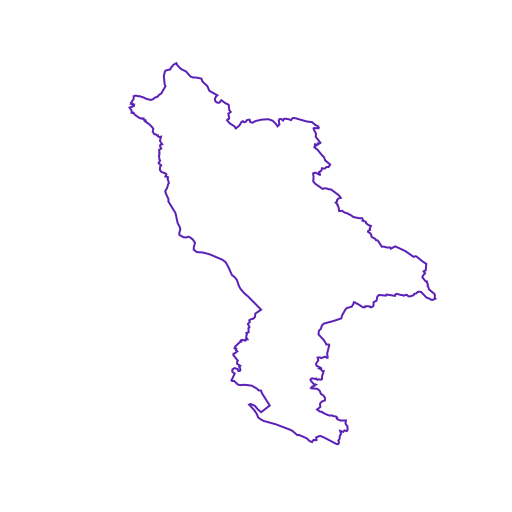 outline of Amparafaravola, Alaotra-Mangoro, Madagascar, rotated 116°
{"feature_id": "10022922B80147144228565", "entity_name": "Amparafaravola", "entity_type": "district", "adm_level": 2, "iso_a3": "MDG", "parent_name": "Madagascar", "parent_adm1": "Alaotra-Mangoro", "projection": "equal_earth", "projection_center": [48.36, -17.461], "detail": "fine", "context": "isolated", "style": "outline", "palette": "violet", "viewbox_px": 512, "rotation_deg": 116, "n_neighbors": 0, "source": "geoboundaries", "source_scale": "gbopen_adm2", "svg_char_len": 6134}
<svg xmlns="http://www.w3.org/2000/svg" viewBox="0 0 512 512"><g transform="rotate(116 256 256)"><path d="M364.4,103.1L366.8,107.8L367.0,111.3L366.7,112.2L365.6,112.2L365.2,113.8L366.1,116.6L365.9,117.8L367.1,119.7L367.5,122.3L367.6,126.9L367.1,128.0L367.8,130.3L367.2,133.8L363.5,132.0L361.0,133.6L359.9,133.6L357.9,133.0L355.6,130.8L353.4,131.7L351.8,134.3L351.5,137.2L349.3,139.6L348.7,141.4L348.8,143.6L350.6,148.0L350.6,148.7L348.8,148.3L347.6,147.0L345.4,145.8L345.7,148.3L343.9,152.3L343.1,152.9L342.1,152.6L341.1,151.4L340.6,148.8L339.7,148.1L340.4,146.6L339.3,145.5L338.9,143.7L337.8,142.7L335.1,143.9L329.8,144.7L330.3,146.2L329.5,147.5L329.4,149.0L328.8,148.0L328.2,148.4L328.1,153.1L327.6,154.1L326.3,154.8L322.4,154.3L320.3,156.1L319.1,154.1L319.2,152.5L316.2,149.9L316.4,147.4L316.0,147.0L312.4,149.3L303.9,151.1L303.6,151.8L304.7,153.9L301.8,158.2L299.1,165.4L295.7,166.7L292.9,165.8L289.5,166.3L287.0,165.4L280.7,158.1L274.6,151.9L271.8,152.6L264.9,152.2L262.8,151.4L259.6,147.8L256.8,147.4L254.7,147.8L254.3,146.6L254.7,145.1L254.5,143.7L255.2,137.4L254.4,135.8L253.3,135.8L253.3,135.1L252.3,134.0L251.4,131.3L251.9,130.9L251.7,130.0L250.1,128.8L249.2,128.6L246.0,130.0L243.3,128.1L239.4,129.1L237.2,128.5L234.6,121.8L233.4,121.8L230.9,113.6L229.4,113.8L228.3,112.9L227.5,108.6L226.9,107.4L227.0,106.0L224.8,103.7L225.4,101.3L224.9,100.0L222.2,97.2L220.7,97.2L219.3,95.5L217.5,95.0L216.1,92.8L216.1,91.4L218.6,84.7L218.3,81.0L218.6,79.4L218.1,78.1L215.7,76.0L214.6,77.4L212.8,78.0L211.8,79.1L210.2,85.8L208.2,87.7L207.9,88.6L206.1,89.1L204.8,90.8L204.0,91.1L204.3,92.6L202.3,97.1L200.4,97.3L197.4,96.5L196.3,98.6L194.5,97.2L188.4,99.5L187.9,103.7L186.1,111.6L186.4,112.7L187.7,114.0L186.1,124.1L186.3,135.1L190.3,138.0L189.5,139.1L191.0,142.0L191.5,145.0L192.5,147.0L189.0,152.7L188.7,153.8L189.2,155.1L188.3,156.4L188.2,160.4L185.6,162.6L185.2,165.9L184.3,166.2L182.4,164.9L181.3,165.9L178.6,165.9L178.9,168.5L178.3,171.3L177.1,172.4L177.5,175.6L176.8,175.4L175.5,177.3L176.7,179.5L178.3,185.6L177.6,189.4L177.9,190.9L177.5,192.0L178.1,195.4L177.6,198.3L179.1,201.0L175.8,203.3L174.7,205.0L174.1,205.0L173.0,207.8L171.5,207.0L170.4,207.7L168.5,207.3L166.5,205.3L165.1,208.1L163.3,217.7L163.6,218.9L164.1,219.3L164.3,222.2L165.3,224.4L166.5,225.5L165.1,234.4L163.8,237.3L159.5,239.0L156.7,240.9L155.0,239.2L155.1,234.2L154.5,234.3L152.9,236.2L150.8,234.7L148.1,235.1L147.8,233.5L147.1,232.4L145.1,231.7L144.3,229.8L141.3,229.4L139.7,235.8L137.3,238.2L136.5,240.8L133.6,247.1L132.7,251.2L132.3,251.4L130.8,250.6L130.3,251.8L129.6,251.9L129.7,250.6L129.3,249.7L128.8,249.3L127.7,249.8L127.3,248.4L126.0,247.7L122.7,254.6L119.9,255.6L116.5,260.0L115.9,260.2L115.4,259.6L113.8,255.8L113.1,255.8L112.2,257.2L112.3,259.8L111.1,264.4L112.8,269.1L114.8,280.5L115.5,282.9L116.0,283.5L118.6,284.1L118.7,286.5L119.9,290.3L120.6,291.0L122.3,291.0L121.9,293.5L122.7,294.9L124.3,294.9L127.6,292.6L130.0,293.5L128.4,296.4L127.1,300.3L127.6,304.8L130.9,310.6L134.9,315.6L137.8,317.6L138.1,320.0L136.3,321.5L137.2,323.0L138.0,323.8L139.8,324.0L140.9,325.1L141.1,326.0L140.6,326.8L141.7,327.8L145.9,328.1L150.2,330.1L148.9,332.3L148.3,337.8L146.7,341.5L145.8,341.5L144.5,340.4L143.2,340.9L140.3,343.3L137.6,341.9L136.6,344.0L132.0,346.9L132.1,350.4L131.2,355.5L134.2,356.1L135.0,357.4L135.1,359.3L134.4,360.8L132.7,361.8L130.4,361.9L128.5,361.2L128.0,370.3L124.5,374.4L122.9,380.2L120.5,382.9L121.7,387.7L123.2,390.8L123.4,393.6L120.8,399.8L120.8,405.4L119.0,410.4L117.6,412.1L120.3,414.0L124.4,415.0L125.8,414.8L129.1,418.7L130.0,418.7L134.6,417.8L141.8,413.3L143.1,411.8L151.5,412.4L154.4,414.1L155.8,414.1L157.7,416.1L159.7,417.0L161.8,418.8L162.8,423.2L162.8,426.6L163.5,431.1L164.2,432.2L164.4,434.2L166.0,436.0L168.5,434.8L170.7,435.2L171.9,434.9L172.9,435.5L173.5,434.6L174.1,434.9L174.1,433.6L173.5,433.1L174.1,432.6L173.5,431.9L174.9,431.5L178.0,434.7L180.1,431.3L181.9,430.6L181.9,430.0L180.9,428.9L182.1,427.0L183.1,421.0L181.9,417.8L182.3,417.9L182.0,417.1L183.1,415.8L182.5,415.0L183.5,414.5L183.2,414.0L183.8,413.4L184.2,410.3L185.2,407.1L186.6,404.1L189.6,403.3L191.1,400.8L190.6,399.3L191.0,397.6L190.6,397.0L191.3,396.6L191.5,395.0L190.4,393.7L194.5,392.8L196.0,390.9L196.6,389.3L198.4,390.7L199.4,390.4L201.0,388.3L203.1,389.6L205.2,388.2L205.9,388.3L206.5,387.4L208.4,387.2L211.4,385.2L212.3,384.0L215.1,384.3L215.6,383.3L216.0,381.0L217.8,381.3L220.7,380.2L221.9,377.9L221.5,373.2L221.8,372.4L224.2,372.3L223.6,370.0L224.0,369.4L225.2,369.4L228.5,366.3L230.1,366.4L233.7,365.7L237.5,366.0L238.2,365.1L238.9,365.0L242.9,360.0L244.0,359.1L245.3,358.8L252.7,347.2L260.8,340.8L263.6,337.0L265.0,335.8L269.5,334.9L270.7,333.9L270.9,329.3L270.0,326.9L268.4,325.3L268.1,323.9L268.9,319.9L270.9,316.6L275.3,315.8L277.7,314.7L278.4,310.8L276.2,305.5L274.8,298.4L274.1,284.5L274.8,280.7L278.0,276.0L283.6,269.4L284.4,265.7L285.9,262.7L290.7,257.9L292.5,255.2L294.7,249.9L295.8,245.5L302.0,227.9L308.1,231.4L311.1,230.2L313.5,230.9L315.4,233.1L316.8,233.9L318.1,232.6L320.7,233.5L322.5,231.0L323.1,230.6L324.1,231.2L327.8,229.2L329.5,230.9L330.4,229.8L332.3,229.7L333.5,228.9L334.6,227.2L335.3,228.7L336.3,228.2L336.9,228.7L337.2,231.2L338.4,232.7L339.1,232.7L339.5,231.8L340.6,232.8L346.4,235.0L348.2,234.9L347.9,233.2L349.2,233.2L349.9,231.0L352.6,232.3L353.7,233.4L355.0,232.9L358.0,226.5L359.5,226.6L361.2,225.7L361.6,222.0L363.0,222.6L363.5,221.5L365.2,220.1L366.4,220.2L367.1,221.4L365.6,223.0L366.2,226.2L368.3,227.5L370.4,226.6L371.0,223.6L378.7,223.5L378.8,222.6L377.9,220.8L379.5,216.0L378.9,213.4L376.7,209.7L374.4,203.0L374.8,197.2L375.6,194.9L374.8,192.4L376.6,190.7L384.4,178.1L394.1,182.9L393.3,186.5L391.2,191.2L391.3,195.9L392.6,197.0L395.3,190.0L397.6,186.1L400.1,183.3L400.7,180.6L400.9,176.8L398.6,164.5L397.2,149.4L397.2,146.7L398.9,140.3L398.0,138.9L397.7,132.5L397.7,130.2L398.8,126.8L398.7,124.1L395.9,123.6L395.4,121.5L394.8,120.9L392.7,122.4L389.6,119.6L389.3,115.5L389.7,100.9L388.9,99.6L387.3,99.6L385.8,101.1L384.0,100.7L380.9,101.8L378.5,101.6L376.3,103.7L375.8,100.4L374.0,100.0L373.5,97.6L372.4,97.4L369.3,98.9L367.4,102.1L364.4,103.1Z" fill="none" stroke="#5b21b6" stroke-width="2"/></g></svg>